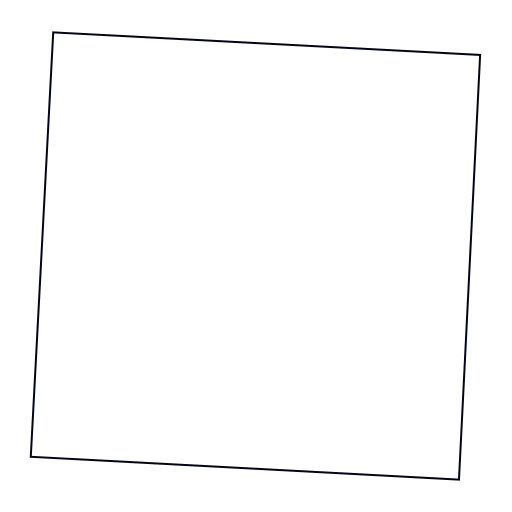 Wheeler, Texas, United States of America (orthographic projection), rotated 3°
{"feature_id": "52423323B41320659077500", "entity_name": "Wheeler", "entity_type": "district", "adm_level": 2, "iso_a3": "USA", "parent_name": "United States of America", "parent_adm1": "Texas", "projection": "orthographic", "projection_center": [-100.27, 35.401], "detail": "fine", "context": "isolated", "style": "outline", "palette": "ink", "viewbox_px": 512, "rotation_deg": 3, "n_neighbors": 0, "source": "geoboundaries", "source_scale": "gbopen_adm2", "svg_char_len": 230}
<svg xmlns="http://www.w3.org/2000/svg" viewBox="0 0 512 512"><g transform="rotate(3 256 256)"><path d="M41.8,43.3L41.6,468.3L470.4,468.7L469.8,235.2L469.3,43.5L41.8,43.3Z" fill="none" stroke="#020617" stroke-width="2"/></g></svg>